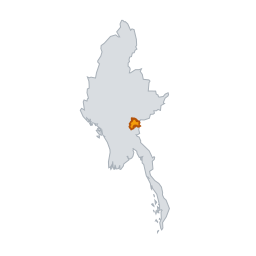 Loikaw, Kayah, Myanmar (highlighted), rotated 352°
{"feature_id": "60261553B25125997749826", "entity_name": "Loikaw", "entity_type": "district", "adm_level": 2, "iso_a3": "MMR", "parent_name": "Myanmar", "parent_adm1": "Kayah", "projection": "robinson", "projection_center": [97.339, 19.508], "detail": "fine", "context": "in_parent", "style": "filled", "palette": "amber", "viewbox_px": 256, "rotation_deg": 352, "n_neighbors": 0, "source": "geoboundaries", "source_scale": "gbopen_adm2", "svg_char_len": 6713}
<svg xmlns="http://www.w3.org/2000/svg" viewBox="0 0 256 256"><g transform="rotate(352 128 128)"><path d="M162.6,115.1L160.3,113.8L158.6,114.9L156.0,114.5L156.2,117.0L154.8,117.8L152.1,117.6L150.5,121.3L145.1,122.3L141.5,121.6L139.5,124.9L139.4,128.7L138.4,131.0L138.8,135.0L136.5,136.0L135.1,135.8L135.9,137.6L137.7,138.4L138.8,142.5L138.4,144.1L145.8,153.6L148.1,161.0L149.8,160.0L150.3,160.8L149.6,162.8L147.4,164.3L147.0,172.1L143.3,174.0L143.5,176.7L143.9,178.5L147.2,183.8L150.9,187.3L152.9,191.2L153.3,196.8L152.8,199.1L153.8,202.4L155.7,204.7L157.8,213.5L153.5,221.3L149.1,226.4L148.6,231.9L147.2,233.6L146.5,231.9L146.2,226.3L148.3,222.7L149.0,215.7L150.3,214.2L149.6,213.5L147.9,214.0L148.5,208.4L147.5,208.2L148.3,207.0L147.3,197.6L143.9,191.0L143.5,188.1L142.9,192.0L142.5,191.2L142.4,186.0L140.5,180.4L140.7,179.9L141.6,180.4L140.8,179.1L140.1,179.4L139.5,178.0L138.5,166.3L137.2,164.6L137.7,159.6L138.6,158.3L135.1,158.8L133.5,154.5L133.4,152.2L129.9,148.7L130.4,149.8L129.8,151.0L130.4,153.0L129.0,156.6L127.5,158.3L125.6,159.0L124.1,158.0L123.8,156.0L123.2,156.0L124.5,159.7L118.9,162.9L118.0,165.1L115.1,168.0L114.2,167.7L114.7,163.7L113.0,166.9L110.6,166.9L110.1,162.7L109.2,165.2L107.8,165.9L108.2,158.9L107.8,161.0L105.6,163.8L103.4,164.7L103.9,158.9L106.9,149.7L107.1,146.7L105.6,139.4L103.0,133.3L103.7,133.2L102.0,131.5L101.8,126.9L100.7,128.6L100.6,131.4L98.3,129.9L96.2,126.0L97.1,125.6L99.5,127.5L100.9,126.4L101.3,125.2L97.4,121.3L98.4,119.7L97.1,119.7L93.8,117.9L92.9,118.2L93.3,119.9L92.6,120.3L91.4,117.8L92.3,116.6L91.5,116.6L92.0,114.3L91.7,114.0L90.2,116.9L89.3,116.3L90.3,114.8L89.9,113.9L88.5,112.2L88.6,115.3L85.2,110.4L83.2,103.8L84.8,102.1L87.4,104.1L87.3,95.9L88.4,94.1L91.1,95.6L91.9,93.5L93.0,93.0L92.3,87.4L93.2,83.7L95.1,83.1L95.5,80.2L95.8,76.2L94.9,71.8L96.6,72.9L98.4,72.5L102.8,74.0L104.5,68.9L108.7,60.5L107.2,58.5L107.4,57.3L111.1,53.0L112.9,49.0L112.2,45.5L112.9,42.6L116.3,40.8L123.4,34.9L128.8,34.1L131.0,36.4L132.4,36.6L130.2,31.2L134.7,27.1L134.6,23.9L136.7,20.5L137.9,20.7L139.0,22.3L140.1,22.3L142.2,24.8L144.2,31.6L145.7,30.4L147.7,31.4L148.6,41.4L148.1,47.3L146.9,48.7L147.8,51.1L145.9,51.9L144.6,54.3L142.7,54.4L141.4,57.7L139.5,58.1L138.5,60.6L138.7,62.5L137.2,63.6L136.7,66.9L138.0,68.2L138.4,69.9L137.0,73.6L138.2,73.7L143.4,71.3L147.1,71.8L149.6,71.2L148.0,73.7L149.6,76.9L149.9,81.9L155.4,83.3L156.3,84.6L155.1,86.1L153.2,94.2L160.5,95.3L160.7,98.4L162.3,99.5L162.5,101.3L163.5,101.8L167.3,101.7L169.6,99.6L172.6,98.7L172.8,100.5L172.1,101.8L168.9,103.6L166.7,107.3L166.6,108.1L167.6,108.8L163.8,110.3L162.6,115.1ZM98.5,123.8L100.8,125.3L100.3,126.4L98.9,126.5L97.7,124.5L98.5,123.8ZM144.6,203.2L146.1,205.5L144.6,207.1L144.6,203.2ZM98.2,133.9L97.0,133.0L96.1,131.8L98.7,131.8L98.2,133.9ZM146.7,213.2L146.8,216.3L145.8,216.0L145.3,213.4L146.7,213.2ZM106.8,164.6L105.3,166.6L105.0,164.9L107.2,162.5L106.8,164.6ZM137.1,161.9L136.2,161.3L136.1,159.5L136.8,159.0L137.4,159.9L137.1,161.9ZM143.7,217.0L143.5,216.0L144.5,213.5L144.3,215.7L143.7,217.0ZM143.1,222.7L144.4,225.1L144.2,225.5L143.0,223.7L142.3,223.8L143.1,222.7ZM147.6,211.5L146.2,212.1L146.2,210.0L147.6,211.5ZM144.4,233.5L142.7,235.5L142.9,234.3L144.4,233.5ZM90.9,118.2L91.6,120.7L90.5,117.7L90.9,118.2ZM144.6,198.3L144.6,200.2L144.1,197.1L144.6,198.3ZM96.2,119.9L96.5,121.5L95.5,119.3L96.2,119.9ZM142.8,209.2L141.8,208.3L142.2,207.6L142.7,207.8L142.8,209.2ZM142.1,206.5L141.5,207.8L140.8,207.0L141.3,206.4L142.1,206.5ZM142.3,214.1L142.3,215.2L141.6,212.6L142.3,214.1ZM109.2,166.9L108.5,166.9L109.5,165.6L109.6,166.1L109.2,166.9ZM146.9,223.0L146.3,222.7L146.8,221.5L146.9,223.0Z" fill="#d9dde1" stroke="#a8b0b8" stroke-width="1"/><path d="M139.8,127.7L139.7,127.6L139.5,127.4L139.4,127.3L139.2,127.2L139.3,127.0L139.4,126.9L139.5,127.0L139.7,126.9L139.8,126.9L139.7,126.8L139.7,126.7L139.5,126.4L139.4,126.2L139.4,125.9L139.3,125.7L139.2,125.7L139.4,125.6L139.5,125.5L139.5,125.4L139.7,125.2L139.8,125.1L139.8,124.9L140.0,124.8L140.0,124.7L140.3,124.5L140.2,124.4L140.0,124.1L139.9,124.1L139.9,123.9L140.0,123.7L140.0,123.4L139.9,123.2L140.0,122.9L139.9,122.8L139.7,122.7L139.4,122.7L139.3,122.8L139.2,122.7L138.9,122.5L138.8,122.4L138.8,122.5L138.7,122.7L138.4,122.6L138.2,122.6L137.9,122.5L137.9,122.4L137.8,122.5L137.6,122.5L137.6,122.4L137.4,122.3L137.4,122.2L137.2,121.9L137.2,122.0L137.1,121.9L137.0,121.6L137.0,121.4L137.1,121.0L137.2,120.9L137.2,120.7L137.3,120.7L137.2,120.6L136.8,120.6L136.7,120.4L136.8,120.1L136.7,120.1L136.5,119.9L136.4,119.8L136.3,120.0L136.1,120.0L135.8,120.1L135.7,119.8L135.5,119.7L135.4,119.7L135.2,119.4L135.3,119.4L135.2,119.2L135.1,119.3L134.9,119.3L134.7,119.5L134.7,119.9L134.4,119.9L134.1,119.9L134.0,120.0L134.0,119.9L134.0,120.0L133.8,119.9L133.7,119.8L133.6,119.6L133.5,119.4L133.6,119.2L133.5,118.9L133.3,118.8L133.1,118.8L133.1,118.7L132.9,118.8L132.9,119.0L132.9,119.3L132.8,119.5L132.8,119.8L132.9,120.1L132.8,120.3L133.0,120.5L132.9,120.6L132.8,120.8L132.7,121.0L132.8,121.2L132.9,121.3L133.0,121.4L132.8,121.5L132.8,121.4L132.7,121.4L132.5,121.6L132.6,122.0L132.3,122.0L132.2,122.0L131.9,122.3L131.5,122.3L131.4,122.5L131.5,122.7L131.5,122.8L131.4,122.9L131.2,122.8L131.0,123.0L130.9,123.2L130.8,123.5L130.6,123.6L130.3,123.8L130.4,124.0L130.1,124.2L130.1,124.3L130.2,124.5L130.3,124.6L130.5,124.7L130.4,124.8L130.6,125.0L130.7,124.9L130.8,125.0L131.0,125.3L130.7,125.6L130.4,125.8L130.2,125.9L130.2,126.0L130.2,126.3L130.1,126.5L130.0,126.8L129.9,126.8L129.9,126.6L129.7,126.5L129.7,126.4L129.6,126.5L129.6,126.8L129.6,127.0L129.6,127.3L129.8,127.5L129.7,127.5L129.8,127.7L129.9,127.8L129.8,128.0L129.9,128.3L130.0,128.4L130.2,128.5L130.4,128.4L130.5,128.7L130.5,128.8L130.6,129.0L130.7,129.3L130.8,129.3L130.7,129.5L130.8,129.8L130.9,130.0L131.1,129.9L131.3,129.9L131.5,129.8L131.6,129.7L131.8,129.7L132.0,129.6L132.3,129.5L132.3,129.4L132.3,129.2L132.5,129.1L132.8,129.0L133.0,129.1L133.0,129.3L133.3,129.2L133.3,129.3L133.5,129.3L133.6,129.2L133.6,128.9L133.6,128.7L133.8,128.5L133.7,128.2L133.5,127.8L133.6,127.7L133.6,127.2L133.8,127.0L134.0,127.2L134.3,127.1L134.5,127.0L134.5,126.9L134.6,126.7L134.7,126.8L134.7,127.0L134.8,127.1L134.9,127.3L134.9,127.5L135.0,127.6L134.9,127.6L135.0,127.8L135.2,127.7L135.3,127.8L135.4,127.7L135.5,127.4L135.7,127.5L135.9,127.5L135.9,127.4L136.0,127.1L135.9,127.0L136.0,126.6L135.9,126.4L136.1,126.4L136.3,126.4L136.5,126.4L136.6,126.2L136.6,126.3L136.8,126.5L137.0,126.6L137.0,126.8L137.1,127.0L137.3,127.2L137.4,127.3L137.5,127.4L137.5,127.5L137.7,127.9L137.8,128.1L138.0,128.2L138.0,128.3L138.4,128.4L138.6,128.4L138.8,128.4L139.0,128.3L139.1,128.1L139.2,127.9L139.3,127.9L139.4,128.0L139.6,128.0L139.6,127.9L139.7,127.7L139.8,127.7Z" fill="#f59e0b" stroke="#b45309" stroke-width="1.5"/></g></svg>